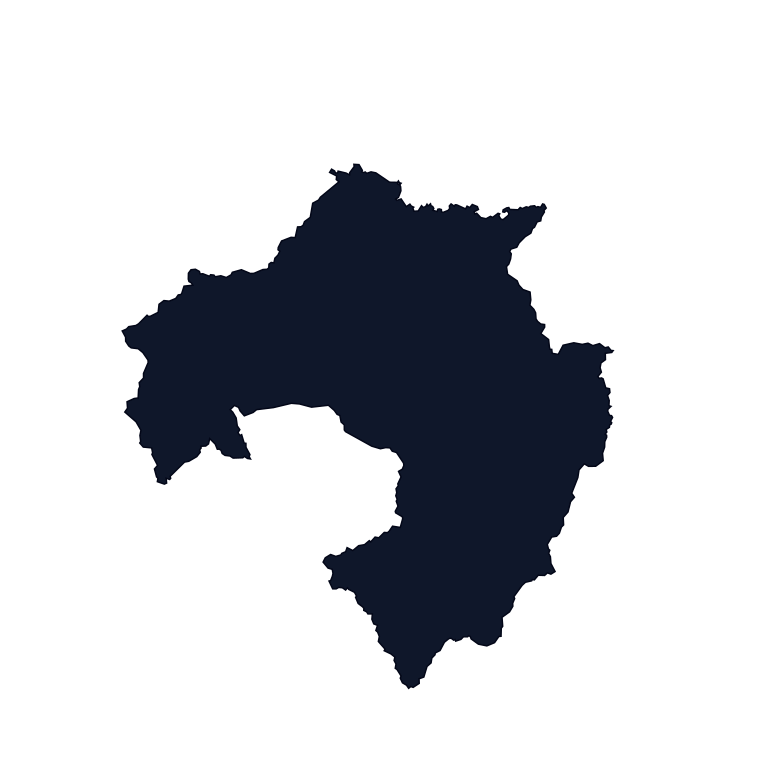 the district of São Gabriel, Rio Grande do Sul, Brazil, rotated 124°
{"feature_id": "56859067B27515042483848", "entity_name": "São Gabriel", "entity_type": "district", "adm_level": 2, "iso_a3": "BRA", "parent_name": "Brazil", "parent_adm1": "Rio Grande do Sul", "projection": "robinson", "projection_center": [-54.366, -30.336], "detail": "fine", "context": "isolated", "style": "filled", "palette": "ink", "viewbox_px": 768, "rotation_deg": 124, "n_neighbors": 0, "source": "geoboundaries", "source_scale": "gbopen_adm2", "svg_char_len": 6173}
<svg xmlns="http://www.w3.org/2000/svg" viewBox="0 0 768 768"><g transform="rotate(124 384 384)"><path d="M228.2,212.7L229.2,214.6L227.9,218.8L230.4,221.1L230.0,227.9L235.4,232.3L236.1,237.7L240.3,241.8L243.7,249.7L251.7,257.2L262.0,256.1L264.5,261.7L261.5,264.3L262.4,265.8L260.7,267.7L255.1,272.4L254.5,282.2L247.0,282.6L244.9,284.1L246.6,287.6L246.2,291.7L245.0,294.4L240.2,298.1L238.3,301.5L237.1,307.1L232.2,309.3L226.1,314.3L228.0,321.7L226.6,327.4L224.0,331.3L223.9,342.9L218.2,348.1L214.8,347.6L209.5,349.0L204.9,351.3L203.9,353.9L201.1,354.2L196.4,350.4L191.4,350.9L182.9,349.3L176.8,346.6L172.1,347.8L169.9,346.9L164.0,347.7L161.1,345.3L157.6,346.9L151.7,347.2L150.8,348.4L147.4,347.9L145.5,351.6L146.0,353.2L150.0,353.0L150.9,355.6L152.4,356.6L152.0,358.8L154.8,362.1L156.6,362.6L157.6,365.2L161.2,367.4L161.5,369.8L164.6,370.3L168.9,377.3L167.9,379.2L169.4,380.8L173.0,382.6L174.9,381.8L174.3,380.2L171.5,379.0L172.6,376.0L174.5,375.2L181.2,377.2L181.9,379.4L180.3,382.9L178.2,383.2L178.7,384.9L185.1,387.1L185.5,389.5L189.9,391.8L191.9,396.8L190.6,402.6L192.2,403.8L190.8,405.6L186.5,403.3L184.7,405.8L185.8,411.2L189.8,411.6L190.1,414.6L193.2,414.3L194.8,423.8L195.6,425.2L197.3,425.0L197.2,429.1L199.9,429.4L201.7,427.7L204.2,427.9L208.7,431.0L209.1,432.6L207.3,434.0L207.9,436.0L209.0,437.1L211.3,436.4L212.7,440.6L210.6,440.9L209.6,442.9L209.9,444.7L208.6,446.2L211.8,447.1L210.9,448.9L213.7,448.7L215.7,450.3L215.2,452.6L221.4,452.4L224.0,455.7L222.2,458.3L220.8,458.2L221.2,460.9L220.4,463.1L224.5,464.7L221.0,473.3L224.6,476.0L224.2,477.7L221.2,476.4L214.4,478.0L211.2,480.5L210.0,482.3L210.7,484.2L209.3,485.6L213.6,492.2L213.5,508.8L215.4,513.4L219.0,516.1L218.7,518.1L220.2,519.2L220.5,521.1L219.0,521.4L216.1,527.4L218.7,531.8L220.5,530.3L228.0,530.6L229.9,529.5L230.3,533.3L233.2,541.1L234.8,540.5L236.2,542.1L235.0,544.1L235.2,547.6L239.0,547.4L238.0,539.6L241.2,537.9L241.6,534.4L264.7,541.2L268.1,541.1L274.0,544.2L287.1,538.3L293.8,540.7L297.6,539.8L300.0,540.7L302.1,543.5L312.3,539.5L314.4,543.1L322.7,548.9L330.0,548.0L332.0,546.9L332.1,544.6L336.5,544.0L340.7,544.8L345.2,543.0L346.3,545.5L348.9,546.4L352.1,544.5L354.2,545.0L356.8,548.4L365.0,553.7L367.1,556.6L369.0,566.1L376.2,572.2L379.0,571.8L383.9,574.3L385.5,579.8L389.5,583.9L388.8,585.9L390.4,588.9L392.3,588.9L393.9,595.9L395.6,597.9L393.9,600.0L394.3,604.5L397.2,607.9L401.5,608.1L406.5,604.9L408.1,603.0L407.9,600.3L409.0,597.8L414.7,604.5L421.8,602.4L423.4,602.4L425.2,604.4L429.5,604.5L435.4,608.4L437.9,613.1L443.7,615.1L450.9,611.3L458.7,615.7L459.8,617.3L459.5,618.9L471.3,621.1L474.2,622.4L479.2,627.7L482.4,628.2L486.4,630.7L489.7,624.4L493.0,622.1L495.2,616.9L495.4,613.8L492.2,607.5L492.8,601.5L496.1,593.1L498.1,591.5L509.7,589.3L513.5,586.7L519.8,587.7L522.8,585.0L525.8,584.4L533.1,580.0L535.7,583.0L542.4,587.1L547.5,583.1L552.2,583.2L554.0,568.4L558.3,559.6L563.1,557.6L567.7,553.6L569.5,553.5L570.9,548.3L566.9,540.9L570.4,537.4L572.2,537.0L578.1,526.2L582.8,526.8L588.2,520.6L588.6,518.7L591.7,517.3L589.8,510.1L587.7,508.8L584.0,511.9L583.0,508.3L581.5,508.1L580.2,509.7L560.3,505.7L557.2,502.6L548.9,498.6L543.3,498.2L541.7,500.0L539.4,499.8L538.0,501.0L535.1,497.1L531.8,496.0L526.7,498.0L528.2,490.3L531.3,485.7L530.1,484.1L530.1,482.0L532.1,479.3L532.1,475.9L529.8,471.4L529.8,467.7L524.1,459.8L522.1,459.3L522.1,455.6L520.8,452.8L519.6,455.2L517.5,455.7L513.7,463.0L510.4,465.3L511.2,466.9L505.6,473.7L507.3,474.7L505.9,477.9L502.5,478.0L500.8,482.2L494.8,487.6L491.9,493.7L491.3,497.2L485.4,496.0L484.7,491.5L486.8,488.2L488.5,482.0L480.8,476.6L476.5,475.3L465.4,462.5L451.8,450.0L447.8,442.9L443.7,431.1L432.7,418.2L433.7,410.4L435.4,405.9L434.8,403.0L439.5,398.3L440.1,394.1L444.3,391.2L445.0,389.3L442.4,359.4L439.7,350.8L435.8,347.0L433.6,343.3L435.1,339.6L433.8,335.3L438.6,323.6L440.4,322.0L444.4,321.2L448.3,323.1L451.5,317.9L459.1,316.7L460.3,315.3L464.2,315.4L466.9,312.7L470.1,311.7L472.2,308.6L474.3,308.3L477.4,304.1L483.2,303.5L484.3,302.3L483.8,294.6L485.2,293.2L493.8,290.3L497.1,297.4L503.2,297.4L505.3,298.0L506.9,300.8L514.4,302.3L515.9,305.8L522.4,306.7L522.1,308.6L528.1,310.3L532.2,314.6L539.5,316.7L540.3,323.1L544.5,322.0L548.0,324.3L549.9,324.2L553.9,327.6L555.2,332.9L560.9,335.5L565.7,334.9L567.9,327.4L566.6,323.3L569.5,320.4L572.3,319.3L576.8,318.3L578.1,319.4L582.5,312.0L580.6,309.1L578.0,307.8L576.2,304.6L576.3,300.6L573.4,300.3L574.0,298.3L573.2,292.0L575.2,288.1L576.7,288.3L580.4,282.7L580.7,277.1L581.3,275.2L583.0,274.2L582.6,271.0L583.6,268.7L581.1,265.1L585.8,262.5L587.4,260.1L588.6,258.3L587.7,254.4L592.9,252.9L593.2,250.6L595.9,246.7L600.6,244.7L603.2,234.9L605.0,234.7L603.9,227.4L604.3,222.3L607.6,221.0L609.4,217.5L613.4,215.7L613.4,213.6L616.5,206.6L618.8,206.0L621.4,201.6L621.1,196.9L622.5,193.4L619.8,192.6L619.2,190.2L612.5,187.4L608.8,190.1L604.7,187.1L594.1,190.4L588.9,189.0L584.5,191.1L580.0,190.3L578.3,191.1L573.6,188.5L564.3,189.5L558.7,187.8L557.2,186.2L557.4,183.0L556.1,182.2L557.1,180.8L552.7,177.4L549.2,176.8L546.8,173.3L545.2,173.0L545.1,171.3L546.6,169.2L546.9,160.3L543.6,152.3L536.6,147.7L529.1,147.6L527.7,145.9L520.9,150.2L518.5,150.1L511.4,155.7L502.7,152.5L496.2,152.9L493.8,154.7L488.8,155.7L487.7,157.4L473.7,156.9L469.3,155.9L464.6,151.5L463.2,151.7L462.3,149.8L456.3,149.2L452.9,143.8L449.2,142.9L448.3,139.3L443.8,137.3L439.5,145.2L434.1,149.5L432.3,152.8L429.1,153.6L428.8,155.4L425.7,158.9L417.1,159.4L413.7,155.8L409.6,155.2L403.4,156.9L400.4,156.3L394.4,160.8L387.2,159.9L377.3,163.5L371.4,162.8L369.6,167.3L353.1,171.0L346.2,174.3L338.2,173.3L337.9,168.4L333.8,162.5L325.0,159.4L319.2,164.1L312.9,165.8L308.4,168.7L303.6,169.6L302.0,170.8L301.9,172.6L299.2,172.4L297.5,174.4L293.9,172.9L291.8,174.0L290.1,173.2L288.7,173.6L288.3,175.3L283.9,175.8L283.0,177.7L283.9,179.5L281.4,183.4L279.6,184.2L275.6,183.3L276.2,185.4L271.7,188.1L268.5,192.3L264.7,191.9L261.8,194.4L263.2,198.0L257.2,205.2L257.3,207.0L259.0,208.7L258.2,210.9L252.6,210.4L249.7,213.9L245.2,215.9L240.0,214.0L234.8,217.7L230.5,212.8L228.2,212.7ZM210.0,482.3L208.0,482.1L208.5,483.8L210.0,482.3ZM208.5,483.8L207.6,485.6L209.3,485.6L208.5,483.8Z" fill="#0f172a" stroke="#020617" stroke-width="1.5"/></g></svg>